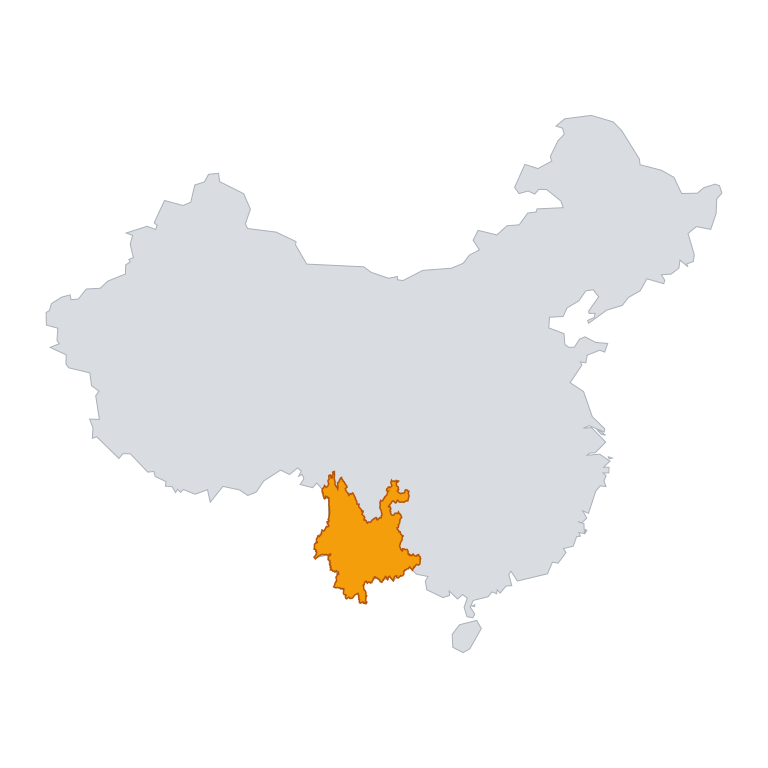 Yunnan highlighted on a map of China
{"feature_id": "CHN-1810", "entity_name": "Yunnan", "entity_type": "Province", "adm_level": 1, "iso_a3": "CHN", "parent_name": "China", "parent_adm1": "", "projection": "equal_earth", "projection_center": [102.236, 25.179], "detail": "fine", "context": "in_parent", "style": "filled", "palette": "amber", "viewbox_px": 768, "rotation_deg": 0, "n_neighbors": 0, "source": "natural_earth", "source_scale": "10m", "svg_char_len": 9762}
<svg xmlns="http://www.w3.org/2000/svg" viewBox="0 0 768 768"><path d="M443.0,597.6L426.8,589.8L425.3,581.1L428.0,576.5L416.5,574.2L409.4,567.2L393.1,580.5L389.1,576.5L381.2,582.0L374.9,577.0L370.7,583.2L365.5,581.4L363.2,585.2L365.7,603.5L359.8,602.8L357.7,593.5L346.1,598.1L343.3,589.0L334.2,586.9L338.4,573.6L330.5,569.7L328.3,558.0L330.3,554.4L314.6,557.9L316.5,552.6L314.3,546.0L318.0,535.9L328.4,525.9L328.6,498.1L324.3,498.5L322.0,488.9L316.8,483.1L312.7,487.7L300.1,484.5L303.9,478.9L302.2,474.3L298.6,476.3L301.3,471.1L297.5,467.9L289.6,474.5L280.5,470.1L263.7,481.0L256.3,492.0L247.8,495.5L239.5,489.9L223.0,486.4L210.2,502.2L207.5,489.7L195.2,494.2L183.2,489.5L180.6,492.3L177.5,489.3L175.6,492.6L172.1,486.7L165.4,486.1L166.1,481.6L155.2,476.5L153.9,471.5L147.7,472.1L130.4,453.8L122.9,453.7L118.9,458.5L96.6,436.7L92.3,438.3L93.0,427.9L89.6,419.1L99.4,419.4L95.7,395.7L99.0,391.1L91.5,385.7L89.9,372.9L68.7,367.8L66.0,364.1L66.2,354.9L50.2,347.4L59.2,343.7L57.0,340.4L57.8,328.2L46.4,325.1L46.1,312.5L49.5,310.5L51.4,303.6L61.8,297.1L70.2,294.9L71.0,299.7L78.4,299.0L86.3,289.0L100.1,288.3L107.9,281.1L125.4,274.0L125.7,264.9L130.2,261.9L128.8,259.4L133.4,257.7L130.2,244.2L132.6,235.4L126.2,233.0L147.0,226.3L155.7,229.5L157.2,225.3L154.2,222.8L164.5,200.5L183.0,205.5L190.8,202.2L194.8,185.0L204.3,182.0L208.6,174.3L218.6,173.3L219.6,181.6L243.7,193.7L250.4,209.2L245.4,223.8L247.5,228.5L276.2,232.1L296.0,241.6L295.6,245.0L306.7,264.1L363.7,266.8L371.1,272.3L388.6,278.3L397.4,276.5L397.4,279.7L402.9,280.6L422.7,270.4L451.4,268.2L463.1,263.4L469.4,255.1L479.5,249.8L473.1,240.3L478.1,230.4L496.9,234.9L507.0,225.8L519.2,224.8L527.8,213.0L536.1,212.0L537.0,208.9L563.2,207.7L560.9,201.0L546.6,189.5L538.8,189.4L534.7,194.1L528.1,191.0L519.1,193.6L514.6,187.4L524.9,164.4L537.9,168.6L551.8,161.1L550.3,156.6L558.0,140.7L564.3,134.2L562.5,128.1L556.0,126.1L564.7,118.8L591.2,115.4L613.2,121.9L621.8,130.7L639.5,159.2L640.0,164.7L661.5,170.3L674.0,177.4L681.6,193.5L697.4,193.2L703.6,187.8L715.2,184.1L719.5,185.8L721.9,193.2L716.7,198.9L716.1,213.6L710.7,229.4L696.4,226.6L688.0,233.5L694.3,254.6L693.3,261.5L686.5,264.0L688.0,266.8L680.0,260.1L678.9,268.1L671.1,274.1L661.4,274.8L664.8,280.4L663.7,283.7L647.0,278.8L640.2,290.8L628.5,297.4L622.3,305.4L606.6,310.2L588.6,323.3L587.7,320.4L594.0,317.6L595.2,313.4L589.0,313.4L588.7,311.0L598.7,296.8L593.2,289.8L585.8,290.8L578.9,300.8L567.1,307.9L563.1,316.5L549.5,317.2L548.8,327.9L564.0,333.7L564.9,344.5L569.0,347.4L574.4,347.2L579.5,339.2L585.0,336.8L595.8,342.5L607.7,343.4L604.7,352.1L599.8,350.2L587.2,355.2L585.8,362.9L580.4,361.8L581.9,365.1L570.1,382.7L583.6,391.6L592.3,416.8L604.8,428.8L604.2,432.0L589.0,425.6L583.4,428.3L591.4,427.5L605.7,442.1L595.2,452.8L589.9,452.9L587.0,455.2L599.7,454.2L610.0,461.1L603.5,467.3L609.0,467.2L608.8,472.9L603.1,473.0L606.1,475.8L604.0,480.8L605.9,486.5L600.3,485.9L595.8,491.0L588.5,513.3L582.8,510.9L586.8,518.2L581.9,522.7L577.9,521.7L583.9,523.6L584.4,533.6L579.0,532.6L580.4,536.2L576.7,536.6L573.2,546.2L563.3,548.6L566.1,552.4L558.1,563.2L552.4,562.2L547.5,573.8L517.4,581.0L511.0,571.2L508.8,574.3L511.8,585.7L506.1,586.0L500.1,593.1L497.2,589.8L496.6,593.7L492.1,591.9L488.0,596.8L473.3,600.4L470.2,607.0L474.8,614.1L472.8,617.8L467.0,616.7L464.1,607.4L467.3,598.1L462.7,594.6L457.6,599.0L449.2,591.0L449.6,595.5L443.0,597.6ZM476.7,620.4L481.3,628.5L469.9,648.7L463.1,652.6L452.8,647.3L452.2,634.4L459.5,624.7L476.7,620.4ZM605.6,435.3L601.4,434.4L597.5,430.3L600.5,431.1L605.6,435.3ZM612.2,458.0L609.1,458.8L608.3,456.8L612.2,458.0ZM586.9,530.3L585.3,532.9L585.4,529.5L586.9,530.3ZM471.8,606.0L474.8,604.7L474.6,606.6L471.8,606.0Z" fill="#d9dde1" stroke="#a8b0b8" stroke-width="1"/><path d="M367.5,583.2L366.8,582.7L366.1,581.2L365.6,581.3L364.8,582.0L364.2,584.8L363.5,584.9L363.1,585.4L363.7,586.5L363.6,587.9L364.2,590.0L365.1,590.6L366.0,592.5L365.7,594.1L366.1,595.3L366.7,595.6L366.5,596.3L365.8,596.6L366.0,597.5L365.6,600.7L366.9,602.2L366.7,602.7L366.1,602.8L366.1,603.7L365.4,603.8L364.8,602.9L363.9,603.1L363.9,602.3L363.1,602.0L361.4,602.4L360.3,603.1L359.7,602.8L359.3,602.0L359.3,600.8L359.6,599.9L358.8,599.3L359.0,597.6L358.6,596.6L358.8,595.4L358.3,594.5L358.2,593.4L357.7,593.3L354.7,595.1L353.0,597.5L352.0,598.3L350.0,598.5L349.3,597.4L348.6,597.2L346.8,598.8L346.3,598.8L345.5,597.6L345.4,596.9L345.6,595.8L346.1,595.2L345.4,594.7L344.3,594.6L343.7,594.1L343.3,592.3L343.9,590.1L343.6,589.1L343.7,588.7L342.5,588.5L342.2,589.1L341.0,588.3L340.5,588.8L339.8,588.0L338.7,587.7L337.4,587.4L336.5,587.8L335.1,587.7L333.8,586.9L334.2,586.6L334.0,586.4L335.1,583.8L335.1,582.9L336.5,581.2L336.5,579.4L335.9,577.1L336.5,576.6L337.2,575.3L337.2,574.0L338.5,574.4L338.8,574.1L338.2,572.7L338.2,571.9L337.1,571.8L336.3,570.7L334.8,571.9L334.5,571.3L332.8,571.1L332.5,570.2L330.4,569.9L331.1,568.0L330.9,567.6L330.4,567.5L330.8,566.8L330.8,566.2L330.5,565.2L329.7,565.0L329.5,564.1L330.4,562.8L329.8,561.5L329.7,560.4L328.1,559.7L328.3,557.4L328.1,557.0L330.5,555.0L330.6,554.0L327.2,555.2L326.2,554.4L325.4,554.3L324.1,554.8L322.2,554.4L321.3,554.7L318.6,556.0L315.4,558.9L315.2,558.3L314.0,557.3L316.6,554.0L316.4,552.9L316.7,552.4L316.6,551.8L315.7,551.4L315.6,551.0L316.2,550.7L315.7,549.3L314.1,549.2L314.5,546.6L314.4,544.5L314.5,544.2L316.0,542.8L317.3,542.7L317.4,542.4L316.6,541.2L316.5,538.9L317.2,538.1L317.8,536.1L318.1,535.7L319.1,536.6L320.8,534.9L321.2,533.8L321.6,533.5L321.5,531.8L321.9,531.2L322.0,530.0L323.7,530.9L324.1,530.9L324.5,530.5L326.4,526.4L326.8,526.3L327.8,526.9L328.8,525.8L328.0,524.1L327.5,523.9L327.0,521.9L328.0,521.3L328.3,522.0L329.0,520.8L328.7,519.7L328.2,519.5L329.1,517.3L329.3,514.9L329.7,513.5L329.4,512.0L329.7,510.7L329.2,509.6L329.5,509.0L329.2,507.4L329.5,506.6L329.0,505.9L328.8,504.5L329.2,501.9L328.8,501.1L328.9,498.0L328.6,497.5L327.7,497.8L327.0,496.7L326.7,496.9L325.7,496.3L325.3,498.4L324.7,498.9L324.3,498.7L323.2,495.6L323.1,494.0L322.5,493.1L322.9,492.6L322.1,491.6L322.4,489.5L322.2,488.9L323.8,487.6L324.5,485.5L326.3,487.4L327.8,486.1L328.7,484.0L328.1,481.8L328.0,480.4L329.1,479.1L328.7,476.0L328.9,475.5L330.4,475.0L331.2,478.0L332.4,477.6L331.9,476.1L332.2,475.3L333.2,474.4L332.7,472.5L333.0,471.8L334.4,471.5L334.5,475.6L334.2,477.7L334.6,480.5L335.1,481.6L334.9,484.1L335.7,485.7L336.2,486.2L336.2,486.7L337.5,488.2L337.6,488.9L337.7,489.1L338.0,487.1L337.6,485.8L337.8,483.8L337.5,482.8L339.0,481.8L339.5,480.0L340.1,479.2L340.4,478.2L341.6,477.5L341.8,479.2L343.0,480.3L343.2,481.4L344.4,482.1L345.0,483.8L346.8,485.9L347.0,487.4L345.3,488.4L345.9,490.5L347.4,492.8L348.4,493.4L348.5,495.0L348.8,495.5L350.2,493.7L351.5,494.1L352.4,492.9L353.0,493.2L355.5,498.3L355.5,499.5L356.1,500.1L356.8,501.3L357.1,504.3L359.1,504.2L358.7,506.3L358.9,506.9L361.3,509.6L361.8,511.7L362.2,511.7L362.7,510.8L363.1,511.0L363.0,512.2L362.0,514.4L362.5,515.0L363.6,515.6L364.8,517.6L363.9,518.8L364.0,520.1L364.4,520.3L365.1,519.9L366.3,520.8L366.5,522.1L367.3,523.1L368.2,522.0L370.5,522.3L372.2,519.9L373.3,519.5L374.0,518.6L376.0,517.5L376.8,518.0L376.6,519.4L377.4,520.0L379.8,517.7L380.7,518.0L381.2,517.7L381.3,515.7L381.8,515.4L382.0,514.6L381.0,510.1L380.1,508.6L379.8,506.8L380.3,505.2L379.9,502.6L380.7,500.5L381.2,501.1L382.7,500.7L383.9,498.2L384.8,497.8L384.7,497.0L386.7,495.1L387.3,493.6L387.5,492.1L388.1,491.4L387.5,491.6L387.2,490.6L386.6,490.5L386.7,489.0L387.7,488.2L388.1,487.3L389.0,486.8L390.0,487.7L391.9,485.9L390.8,482.6L391.5,480.4L391.8,481.0L393.0,481.3L393.9,481.0L394.4,481.3L396.1,480.9L396.3,480.5L396.8,481.0L397.9,480.8L398.6,481.1L397.9,482.0L396.4,482.4L396.3,482.8L396.5,485.8L397.9,486.6L398.4,487.3L398.2,488.1L398.7,489.4L398.6,489.9L397.4,490.4L397.3,490.8L397.9,491.8L399.3,493.0L400.7,493.7L401.8,493.1L402.7,493.2L404.1,492.9L404.9,492.1L405.0,490.4L405.6,489.8L407.5,490.2L407.9,491.2L408.8,491.2L408.7,492.5L408.2,493.5L409.1,495.7L407.8,501.0L406.3,500.7L403.8,502.4L403.0,502.0L399.6,502.2L398.8,501.7L397.8,500.1L396.5,501.5L396.4,502.5L395.5,503.0L393.2,500.9L392.7,500.9L392.2,501.2L391.2,503.0L388.5,506.2L389.0,507.1L389.9,506.6L390.7,508.1L390.7,509.4L390.2,509.6L390.0,510.4L390.2,511.6L390.7,511.6L390.6,513.6L391.4,514.7L392.3,515.2L393.8,515.2L395.0,513.2L397.5,513.4L398.5,511.9L399.3,514.0L400.4,514.2L401.7,517.4L400.1,519.2L400.0,520.4L399.6,521.1L399.8,521.9L399.6,523.1L399.2,523.9L398.3,524.6L398.7,525.7L398.3,527.4L398.0,527.7L397.2,527.6L397.3,529.3L398.8,530.6L398.8,531.8L400.2,531.8L400.5,533.7L402.0,535.4L403.2,535.9L403.0,536.3L402.4,536.5L402.0,538.6L402.2,539.8L400.4,542.7L400.2,544.2L399.5,545.5L400.6,549.1L402.2,551.0L402.6,550.6L402.2,549.2L402.6,548.7L404.2,548.9L405.3,549.6L407.0,549.4L408.1,551.2L408.1,554.0L409.4,555.2L409.6,554.3L411.2,555.7L411.7,555.7L412.1,555.5L412.4,554.4L413.3,554.1L414.1,555.4L415.6,556.1L416.7,556.0L417.0,555.1L418.5,554.6L418.4,555.4L420.1,556.7L420.0,557.5L420.7,558.8L419.9,559.6L420.2,560.8L419.8,564.1L418.4,565.1L416.4,564.4L415.2,566.1L414.6,566.3L414.5,567.2L413.8,567.1L413.7,568.1L412.6,569.5L412.5,570.2L411.9,569.7L411.3,568.4L410.5,568.1L409.6,566.8L408.9,567.6L408.5,568.7L408.0,568.5L406.8,569.0L405.2,570.3L404.6,570.1L404.3,570.9L403.6,571.5L403.9,574.1L402.6,575.7L401.0,576.1L400.6,575.6L399.3,577.1L398.0,578.1L396.7,577.2L396.7,575.8L394.8,576.3L394.1,577.5L393.6,580.7L393.3,581.0L389.4,576.2L388.7,576.7L388.2,577.8L388.2,578.8L387.7,579.8L387.0,579.2L386.4,578.0L386.4,577.2L385.4,576.4L384.5,578.4L383.2,579.4L383.2,580.5L382.0,581.4L382.0,582.1L381.6,582.3L380.2,581.5L379.4,579.5L376.3,577.6L375.7,577.9L375.5,577.1L374.9,576.7L374.3,577.1L374.0,578.2L373.5,578.3L373.8,579.0L372.2,581.2L371.8,582.6L371.1,582.4L370.4,582.9L370.1,582.3L369.0,582.0L367.8,582.3L367.5,583.2Z" fill="#f59e0b" stroke="#b45309" stroke-width="1.5"/></svg>